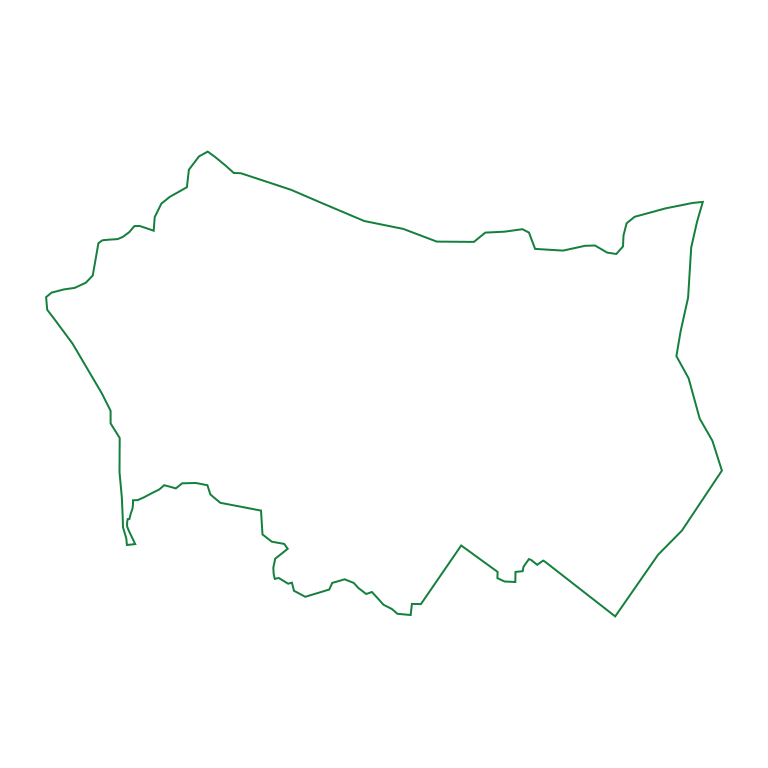 Progreso, Canelones, Uruguay
{"feature_id": "84410073B80692498878624", "entity_name": "Progreso", "entity_type": "district", "adm_level": 2, "iso_a3": "URY", "parent_name": "Uruguay", "parent_adm1": "Canelones", "projection": "natural_earth1", "projection_center": [-56.258, -34.654], "detail": "fine", "context": "isolated", "style": "outline", "palette": "green", "viewbox_px": 768, "rotation_deg": 0, "n_neighbors": 0, "source": "geoboundaries", "source_scale": "gbopen_adm2", "svg_char_len": 1832}
<svg xmlns="http://www.w3.org/2000/svg" viewBox="0 0 768 768"><path d="M126.9,545.0L135.2,544.1L128.7,530.5L127.1,526.4L127.1,522.4L127.7,519.1L129.4,519.0L130.9,513.1L132.4,509.0L133.0,504.7L133.0,500.3L137.7,500.1L143.8,497.4L152.7,492.7L159.1,489.6L164.2,485.2L170.6,486.9L175.8,488.4L182.2,483.3L195.8,483.0L207.4,485.2L210.4,494.5L220.3,502.8L261.0,510.6L262.5,534.5L271.8,541.7L284.2,543.9L287.7,548.8L275.2,558.7L273.3,567.8L273.7,574.2L274.8,578.9L278.8,578.0L288.1,583.7L291.9,582.7L294.0,590.8L305.3,596.8L313.4,594.3L318.2,592.9L329.3,589.5L332.2,582.9L337.2,581.5L344.6,579.3L353.7,582.9L358.4,588.0L366.2,594.0L371.9,592.0L377.1,597.6L383.4,604.7L392.0,609.1L397.4,613.8L410.7,615.0L411.9,603.9L420.9,604.1L461.2,545.5L497.6,571.9L497.4,578.1L504.5,581.5L515.3,582.0L515.5,571.9L522.7,571.2L523.5,566.8L528.9,559.1L531.2,560.0L537.2,564.8L543.2,560.6L545.0,561.7L615.2,616.4L658.1,554.7L681.9,530.6L721.9,470.6L712.4,440.8L699.7,418.6L688.6,378.3L676.4,356.1L680.6,331.4L688.1,297.6L691.2,247.5L697.0,221.9L702.8,201.9L692.3,203.0L665.4,208.4L634.6,216.8L626.6,223.3L623.5,235.4L623.0,246.4L616.3,254.0L607.2,252.6L595.0,245.5L585.0,245.8L563.1,250.6L535.1,248.9L529.0,232.6L522.4,229.2L504.4,231.7L485.3,232.6L473.9,241.9L436.8,241.6L403.2,228.9L364.2,221.0L321.2,202.8L291.0,189.8L240.7,173.2L233.8,173.0L225.8,165.8L215.1,157.0L207.7,151.6L199.0,156.4L188.9,169.7L186.9,187.2L169.7,196.9L161.4,203.6L154.7,217.1L153.7,230.7L147.3,228.5L139.7,226.0L134.4,226.1L129.2,232.2L122.8,236.9L117.6,239.1L108.7,239.7L102.4,240.3L98.4,243.2L95.2,261.6L92.7,275.6L85.8,282.7L74.6,287.9L64.0,289.4L51.6,292.6L46.1,297.1L47.2,309.8L52.8,317.0L72.6,343.7L101.9,393.5L110.6,410.8L110.6,423.4L119.7,438.0L119.5,472.2L121.8,496.9L122.6,514.6L123.0,527.2L126.3,538.5L126.9,545.0Z" fill="none" stroke="#15803d" stroke-width="2"/></svg>